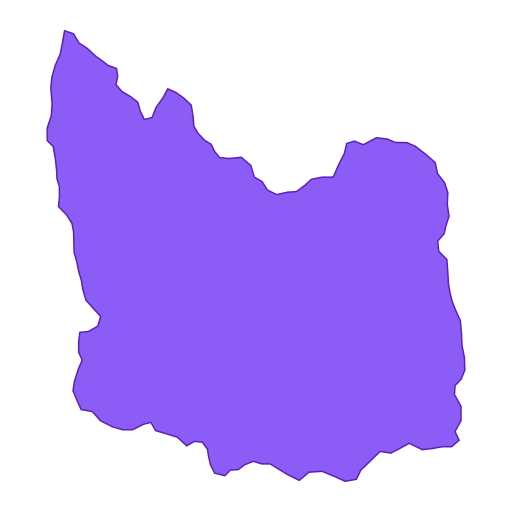 outline of Bom Jesus do Amparo, Minas Gerais, Brazil
{"feature_id": "56859067B28888821052332", "entity_name": "Bom Jesus do Amparo", "entity_type": "district", "adm_level": 2, "iso_a3": "BRA", "parent_name": "Brazil", "parent_adm1": "Minas Gerais", "projection": "albers", "projection_center": [-43.474, -19.706], "detail": "fine", "context": "isolated", "style": "filled", "palette": "violet", "viewbox_px": 512, "rotation_deg": 0, "n_neighbors": 0, "source": "geoboundaries", "source_scale": "gbopen_adm2", "svg_char_len": 2023}
<svg xmlns="http://www.w3.org/2000/svg" viewBox="0 0 512 512"><path d="M459.1,440.3L455.0,431.5L461.0,420.7L461.0,406.4L454.5,394.7L455.0,385.6L461.2,379.0L464.8,370.1L464.4,357.6L462.0,345.3L461.5,333.6L460.3,320.6L455.8,310.6L452.2,301.5L450.1,293.3L448.5,284.1L447.7,270.8L446.9,259.5L438.8,251.4L437.6,241.2L444.1,233.7L446.0,225.7L449.0,216.1L447.3,204.6L447.8,192.5L444.6,182.8L437.6,173.7L435.2,162.6L425.7,154.3L415.5,146.4L406.9,142.6L395.5,142.5L387.4,139.1L376.4,137.7L363.4,144.7L354.3,141.1L346.7,143.5L344.4,153.4L338.9,164.2L333.2,177.1L321.7,177.2L311.5,179.3L304.9,185.3L296.4,191.6L287.4,192.2L276.7,194.6L267.5,190.1L262.1,181.6L254.3,177.1L250.8,165.4L241.3,157.3L228.7,158.5L219.7,157.6L214.7,151.6L211.2,144.3L204.7,140.4L198.2,133.5L193.9,126.4L193.1,116.4L191.2,105.1L183.9,98.2L176.1,92.6L167.8,88.8L162.9,97.9L156.1,107.3L152.1,117.5L144.3,119.5L140.2,110.9L137.8,102.3L131.1,97.0L121.7,91.3L116.0,84.6L117.7,76.6L116.5,68.5L107.9,65.3L101.8,60.6L95.3,55.9L87.5,48.6L78.9,42.9L73.5,33.8L64.6,30.7L62.5,42.4L60.2,54.2L55.2,65.5L51.9,77.2L50.8,88.0L52.1,103.5L51.3,115.6L47.2,128.1L47.2,140.5L53.2,146.5L55.3,158.2L56.6,170.2L57.0,178.9L59.4,186.7L59.4,197.2L58.5,206.6L66.4,214.6L72.0,223.5L73.6,232.1L73.8,240.6L74.1,252.5L76.5,260.5L78.7,271.6L81.4,280.4L82.7,289.0L86.0,300.3L93.8,308.9L100.6,316.4L97.8,326.1L88.4,331.5L79.8,332.4L78.6,342.7L78.7,352.3L82.2,360.1L78.3,369.2L74.4,381.4L73.0,390.8L77.0,400.4L81.1,409.5L92.4,411.6L100.4,420.7L112.4,426.8L122.8,429.8L132.4,429.8L143.6,424.2L150.9,422.4L155.6,430.6L164.7,433.3L177.3,437.2L186.8,445.8L194.4,441.4L202.5,442.3L207.4,449.2L208.7,457.0L210.5,464.9L214.7,473.2L224.9,475.7L230.3,470.1L238.4,469.6L244.3,464.9L253.2,461.3L261.8,463.9L270.2,463.9L278.1,468.8L287.0,474.3L299.3,480.4L308.9,472.2L322.1,471.3L333.4,476.0L345.3,481.3L356.3,479.3L360.9,470.0L370.3,461.0L380.0,451.4L390.9,453.1L399.8,448.4L409.2,443.3L422.4,449.7L433.0,448.4L442.4,446.7L451.6,446.7L459.1,440.3Z" fill="#8b5cf6" stroke="#5b21b6" stroke-width="1.5"/></svg>